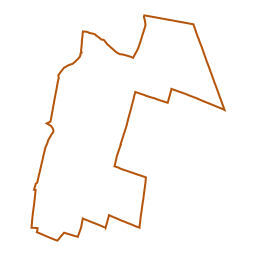 Tultepec, México, Mexico
{"feature_id": "50627088B32512341732198", "entity_name": "Tultepec", "entity_type": "district", "adm_level": 2, "iso_a3": "MEX", "parent_name": "Mexico", "parent_adm1": "México", "projection": "equal_earth", "projection_center": [-99.118, 19.678], "detail": "fine", "context": "isolated", "style": "outline", "palette": "amber", "viewbox_px": 256, "rotation_deg": 0, "n_neighbors": 0, "source": "geoboundaries", "source_scale": "gbopen_adm2", "svg_char_len": 4716}
<svg xmlns="http://www.w3.org/2000/svg" viewBox="0 0 256 256"><path d="M145.9,177.4L144.7,176.9L135.0,173.7L134.2,173.4L133.1,173.0L121.9,169.2L119.6,168.3L119.3,168.0L118.4,167.6L117.7,167.3L114.5,166.3L115.3,163.0L116.1,159.7L116.8,156.3L118.2,152.2L119.6,148.0L120.9,144.4L120.6,144.2L121.8,140.5L123.0,136.8L124.2,133.0L124.6,131.9L125.0,130.6L125.4,129.4L126.8,125.0L126.9,124.1L128.2,119.1L129.5,114.2L130.9,109.1L132.2,104.0L132.4,103.4L132.9,101.3L133.3,100.0L133.6,98.6L134.4,95.3L135.3,92.0L136.6,92.4L139.7,93.5L141.7,94.2L142.1,94.3L143.7,94.8L144.8,95.2L145.3,95.4L145.9,95.7L149.3,96.8L150.2,97.1L150.9,97.3L151.5,97.5L153.4,98.0L153.9,98.1L156.8,99.2L160.3,100.4L161.3,100.7L167.7,102.8L169.7,95.6L171.2,90.2L171.4,88.9L171.6,89.0L179.3,91.7L181.9,92.6L184.3,93.5L185.0,93.7L185.7,93.9L186.4,94.3L186.9,94.5L187.6,94.8L188.3,95.1L189.1,95.4L189.4,95.5L189.9,95.7L190.8,96.1L191.6,96.4L192.5,96.7L193.3,97.0L193.8,97.2L193.9,97.3L194.5,97.5L195.1,97.6L195.6,97.8L198.3,99.0L204.6,101.7L208.4,103.2L209.1,103.5L210.2,103.9L212.3,104.8L215.5,106.1L217.2,106.8L219.5,107.8L220.1,108.0L222.9,109.1L223.3,109.4L224.1,109.7L224.5,109.9L224.3,109.4L223.7,107.7L223.6,107.4L223.1,105.9L222.1,103.4L221.6,101.8L220.6,99.1L219.7,96.8L219.4,95.9L219.1,95.0L217.6,90.8L216.5,87.8L215.7,85.6L215.4,84.9L214.6,82.8L213.4,79.5L212.7,77.5L211.3,73.5L209.9,69.9L209.1,67.5L208.0,64.6L207.8,64.0L207.1,62.4L206.6,60.9L205.2,56.8L204.7,55.6L203.3,51.5L202.8,50.2L202.0,47.7L200.9,44.9L199.8,42.2L199.4,41.1L198.7,39.0L198.3,38.0L197.5,36.3L197.3,35.5L196.7,33.9L195.6,30.7L193.4,24.3L146.8,15.8L144.3,15.4L144.0,16.4L144.0,17.1L144.7,19.8L145.2,22.4L145.5,25.2L144.5,28.5L143.5,31.8L142.4,35.2L141.4,38.5L140.4,41.8L140.0,42.9L139.6,44.0L139.2,45.3L138.8,46.5L138.4,47.7L137.9,48.8L136.9,50.8L136.7,51.3L136.1,52.2L135.6,53.1L134.4,55.4L133.7,56.7L133.1,57.8L132.3,57.5L130.6,56.8L129.8,56.5L129.2,56.3L128.1,56.0L125.1,55.1L122.2,54.4L120.9,54.3L119.9,54.2L118.7,53.6L117.5,52.9L115.8,51.8L114.6,50.8L112.5,48.8L111.0,47.6L109.5,46.1L108.7,45.5L107.9,44.8L107.3,44.3L106.4,43.1L105.2,41.6L104.2,40.4L103.8,40.0L103.1,39.7L102.0,39.7L101.4,39.5L100.3,38.7L99.2,37.7L97.9,36.7L96.3,35.7L95.9,35.4L95.6,34.7L94.1,34.0L93.5,33.8L93.4,33.8L92.8,33.6L92.2,33.5L89.1,32.9L88.8,32.5L87.8,32.2L86.8,31.8L86.1,31.8L85.3,31.6L85.1,31.6L84.4,31.5L84.1,31.6L82.9,31.5L82.6,34.4L82.5,35.8L82.4,37.1L82.2,38.3L81.8,41.8L81.9,42.6L81.2,49.7L81.1,50.5L81.0,50.8L81.4,51.8L81.6,52.7L80.9,52.8L80.7,53.2L80.4,53.9L80.4,54.1L80.5,54.9L79.8,56.6L79.8,56.8L79.3,57.4L78.7,58.0L78.2,58.7L77.1,59.7L76.0,60.7L75.9,60.9L75.5,61.3L75.1,61.7L74.8,62.0L73.6,63.0L72.6,63.8L72.0,64.0L71.4,64.2L70.3,64.6L69.1,65.0L67.7,65.6L67.3,65.8L67.0,66.0L65.9,66.8L64.8,67.4L64.0,67.8L62.9,69.2L61.8,70.6L61.4,71.1L60.8,71.8L60.2,72.7L59.2,74.0L58.5,75.0L58.3,75.3L58.7,77.9L58.3,79.8L57.9,81.4L57.4,84.0L57.0,86.4L56.4,89.6L56.4,89.8L55.8,92.6L55.7,93.2L55.5,94.2L55.3,95.6L55.1,96.4L55.0,96.9L54.2,101.1L54.1,101.8L53.8,103.7L53.5,105.0L53.0,107.7L53.0,108.0L52.4,111.2L52.2,112.5L52.1,112.8L51.2,118.0L50.5,121.6L48.3,122.7L46.8,123.4L50.8,125.8L51.5,126.7L51.9,127.0L52.1,127.3L52.4,127.8L52.8,128.5L53.0,129.1L53.2,129.6L53.3,130.0L53.3,130.3L53.3,130.6L53.4,131.1L53.2,132.1L51.6,134.3L49.3,138.2L48.0,140.8L47.5,142.6L47.2,143.6L47.0,144.0L45.5,147.2L44.4,151.7L43.4,155.7L42.6,159.5L41.8,162.9L41.0,166.4L40.3,169.4L39.6,172.4L38.8,175.4L38.7,176.1L37.8,180.1L37.4,182.0L37.3,182.5L37.0,182.9L36.2,183.4L35.7,183.7L35.6,184.3L35.3,185.5L34.0,189.7L35.6,189.9L35.3,193.1L35.3,193.3L35.0,196.1L34.6,200.0L34.5,200.5L34.4,201.6L33.8,206.8L33.7,207.0L32.8,214.0L32.1,220.6L31.6,227.3L31.5,227.7L37.6,228.1L37.6,228.4L37.0,231.9L36.9,232.2L42.9,234.7L43.6,235.1L44.7,235.5L50.7,238.1L54.9,239.7L57.2,240.6L57.4,240.6L57.5,240.5L58.0,240.0L59.5,238.1L61.9,235.2L64.1,232.7L67.9,233.9L73.9,235.7L74.7,235.9L77.8,236.8L80.9,228.1L81.1,227.5L82.8,218.5L92.1,222.3L94.5,223.2L99.0,225.0L105.4,227.7L105.5,227.9L106.5,224.5L109.0,215.3L109.0,215.2L109.7,215.5L110.7,215.9L111.7,216.4L111.8,216.4L111.9,216.5L112.2,216.6L113.6,217.2L116.2,218.2L117.0,218.6L117.5,218.8L120.9,220.3L121.3,220.5L123.5,221.3L124.1,221.6L124.3,221.7L125.2,222.0L125.4,222.1L125.9,222.3L126.5,222.6L128.3,223.3L129.5,223.7L130.1,224.0L131.7,224.6L133.1,225.2L133.5,225.3L133.8,225.5L135.7,226.3L136.0,226.4L136.2,226.5L136.9,226.7L139.5,227.7L139.7,225.2L140.2,221.8L140.4,219.6L140.5,218.2L140.7,216.8L141.0,214.7L141.6,210.8L141.7,209.8L142.1,206.8L142.2,206.4L142.4,204.9L142.9,201.3L143.1,200.5L143.5,197.6L143.9,194.2L144.0,193.7L144.4,190.5L144.9,186.9L144.9,186.7L145.4,183.3L145.4,183.1L145.5,181.8L145.7,179.8L145.9,177.4Z" fill="none" stroke="#b45309" stroke-width="2"/></svg>